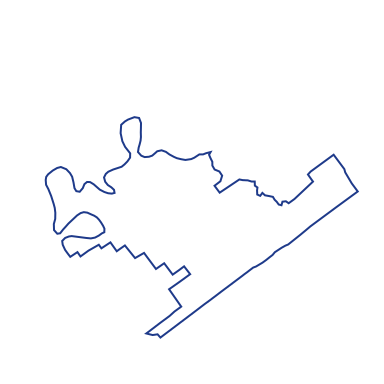 the district of Bento Gonçalves, Rio Grande do Sul, Brazil, rotated 324°
{"feature_id": "56859067B71530862715351", "entity_name": "Bento Gonçalves", "entity_type": "district", "adm_level": 2, "iso_a3": "BRA", "parent_name": "Brazil", "parent_adm1": "Rio Grande do Sul", "projection": "mercator", "projection_center": [-51.571, -29.106], "detail": "fine", "context": "isolated", "style": "outline", "palette": "blue", "viewbox_px": 384, "rotation_deg": 324, "n_neighbors": 0, "source": "geoboundaries", "source_scale": "gbopen_adm2", "svg_char_len": 2580}
<svg xmlns="http://www.w3.org/2000/svg" viewBox="0 0 384 384"><g transform="rotate(324 192 192)"><path d="M103.7,99.7L100.6,94.7L97.0,93.3L92.0,92.8L86.0,93.1L82.9,94.1L80.7,96.3L78.2,100.4L77.5,105.2L75.7,112.5L73.1,120.3L71.6,124.2L69.2,128.5L65.5,133.4L61.4,136.7L58.0,141.7L58.5,146.6L61.1,147.9L65.6,146.6L69.5,145.8L73.5,144.9L85.3,143.4L89.5,143.6L92.6,144.7L95.2,147.2L97.4,151.1L98.9,153.6L100.1,156.6L100.5,159.7L100.5,163.1L100.2,167.1L99.6,170.2L97.4,173.0L94.8,172.5L91.0,172.5L86.8,171.9L82.9,170.1L79.3,166.9L68.7,156.9L66.2,155.6L62.4,154.6L58.2,155.3L56.4,158.7L55.3,164.3L55.3,168.6L55.4,172.9L64.0,173.3L63.9,178.6L67.4,178.6L70.3,178.6L73.8,178.6L85.6,179.9L85.6,184.3L96.4,184.8L96.3,195.7L99.9,195.7L106.3,195.8L107.1,212.0L117.4,213.1L117.4,217.1L117.6,233.1L127.6,233.3L127.8,247.5L135.5,247.6L141.9,247.5L142.2,257.4L135.7,257.4L130.4,257.4L116.3,257.2L115.9,278.4L107.6,278.4L101.1,279.1L89.5,279.2L71.9,279.6L73.9,282.0L76.1,284.6L80.5,286.9L80.9,291.2L124.0,290.4L136.4,290.1L142.7,290.1L156.8,289.8L183.3,289.4L186.1,289.3L189.5,289.3L192.3,289.2L197.1,289.1L199.9,289.9L207.5,290.6L212.2,290.6L216.3,290.4L220.2,290.3L223.6,289.4L231.9,289.8L236.1,290.3L238.9,291.0L254.5,290.3L257.5,290.1L260.8,289.9L267.6,289.4L300.0,289.1L326.4,289.0L326.3,278.9L327.5,266.2L328.7,263.0L328.5,245.1L300.0,245.2L296.1,246.0L296.0,251.6L296.0,254.7L270.8,257.9L263.6,257.9L262.5,254.7L259.5,253.0L256.6,255.3L254.8,253.1L254.8,249.8L254.3,246.8L254.6,243.5L251.7,240.3L249.1,237.6L248.4,234.1L244.9,235.2L243.3,232.4L245.6,228.9L247.6,226.8L246.6,223.8L248.9,220.4L246.3,218.5L244.0,215.4L240.0,212.2L237.7,209.7L214.0,208.8L213.9,200.2L221.3,200.0L226.0,196.5L226.2,191.5L223.5,187.1L224.0,182.6L226.2,179.5L226.9,175.3L227.7,171.9L230.5,170.6L226.2,168.9L223.1,168.1L220.0,165.9L214.0,165.6L210.7,164.9L205.5,162.2L202.5,159.1L199.6,155.7L198.0,152.9L195.8,148.3L194.5,144.2L191.9,140.4L187.8,138.6L185.0,138.9L181.2,139.2L177.9,138.2L174.2,135.9L172.3,132.8L171.8,127.9L175.0,124.7L177.5,122.8L180.6,120.2L183.0,117.5L185.6,113.7L188.3,110.2L191.3,106.2L192.7,101.0L189.4,97.6L182.8,95.8L179.2,95.5L174.2,96.0L168.8,102.5L165.5,110.0L164.4,116.2L164.7,124.4L162.1,127.8L157.7,129.3L153.6,130.0L149.9,130.2L141.5,127.5L136.2,126.4L132.9,126.7L129.4,128.5L127.8,132.7L128.0,136.9L129.5,140.8L130.2,144.4L128.8,147.2L126.2,146.2L123.4,143.7L121.1,140.5L118.8,135.9L117.0,128.0L115.4,124.1L113.0,122.2L109.6,122.4L105.9,124.7L101.3,125.8L98.9,123.3L99.2,119.8L101.8,114.5L104.0,109.2L104.4,105.0L103.7,99.7Z" fill="none" stroke="#1e3a8a" stroke-width="2"/></g></svg>